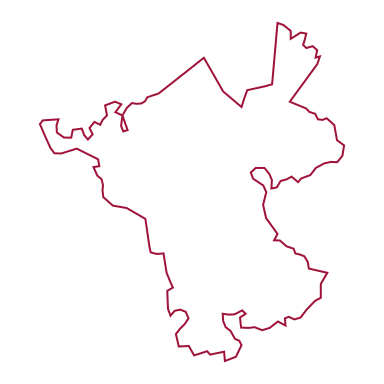 Constantina, Rio Grande do Sul, Brazil (Robinson projection)
{"feature_id": "56859067B19051773573011", "entity_name": "Constantina", "entity_type": "district", "adm_level": 2, "iso_a3": "BRA", "parent_name": "Brazil", "parent_adm1": "Rio Grande do Sul", "projection": "robinson", "projection_center": [-52.994, -27.69], "detail": "fine", "context": "isolated", "style": "outline", "palette": "rose", "viewbox_px": 384, "rotation_deg": 0, "n_neighbors": 0, "source": "geoboundaries", "source_scale": "gbopen_adm2", "svg_char_len": 2168}
<svg xmlns="http://www.w3.org/2000/svg" viewBox="0 0 384 384"><path d="M39.9,124.1L44.5,134.8L50.4,147.9L54.4,153.3L61.2,153.5L76.7,148.6L98.1,159.3L99.3,166.2L93.5,167.1L97.3,175.6L101.6,179.2L103.0,185.2L102.5,190.1L103.3,197.1L112.8,205.6L126.6,208.0L145.4,218.9L146.1,223.8L149.4,246.6L150.7,252.4L156.8,254.0L163.5,253.4L166.6,272.8L170.2,281.6L172.9,287.6L167.3,290.8L167.6,300.2L168.0,308.9L170.5,315.7L174.7,310.8L180.2,309.6L185.7,311.8L188.5,318.4L184.6,324.2L179.9,328.9L175.9,334.1L178.8,346.5L188.8,346.0L194.1,355.4L201.4,353.1L207.1,351.2L210.1,354.6L224.1,351.7L224.9,361.0L235.9,356.8L241.5,345.2L239.3,340.8L234.9,338.8L230.6,331.0L225.7,327.2L223.2,321.2L222.7,313.8L228.9,314.6L234.4,314.4L242.2,310.4L245.6,313.8L240.0,317.5L241.1,327.6L248.8,327.9L254.6,327.2L262.2,330.2L269.7,327.9L277.9,321.5L285.5,325.5L284.9,318.4L288.7,316.8L294.3,319.4L300.5,317.6L306.8,309.4L315.1,300.8L320.8,297.8L320.8,283.9L327.3,272.8L308.9,268.6L307.8,262.1L304.4,256.3L299.8,254.5L295.4,253.5L293.6,248.7L286.5,246.3L279.9,240.5L274.1,240.3L277.5,233.9L269.0,222.1L266.1,218.2L263.1,204.8L266.3,192.2L263.3,185.5L253.1,178.7L250.8,172.4L255.8,167.9L264.5,168.0L269.4,174.1L271.9,180.0L271.4,188.5L276.8,187.4L280.6,181.0L286.7,179.3L291.6,176.6L298.1,182.2L301.1,178.5L310.3,175.1L315.9,167.9L324.2,163.4L330.9,161.9L337.2,162.2L342.4,155.8L344.1,145.4L337.0,140.2L334.3,125.1L326.6,118.2L322.6,119.9L317.9,119.3L315.2,113.8L309.3,111.9L306.2,108.5L289.8,101.7L317.3,64.1L319.9,56.4L315.6,57.6L317.2,50.2L312.7,46.2L306.3,48.0L303.1,44.9L304.7,39.9L306.3,33.6L300.6,32.6L290.8,38.8L290.7,30.9L283.3,24.9L277.5,23.0L272.1,84.3L266.1,86.0L247.2,90.2L244.5,97.7L241.5,107.0L223.2,91.5L203.9,57.8L200.5,60.4L190.6,68.3L158.6,93.5L147.4,97.2L144.9,101.4L141.2,103.5L136.5,103.8L131.9,103.1L126.9,107.8L122.4,115.4L115.4,112.2L121.3,104.3L115.0,101.7L105.1,105.4L107.0,115.4L102.7,119.8L100.2,124.8L94.5,121.9L89.5,128.0L92.6,134.3L87.9,139.5L84.2,135.1L81.8,128.6L72.8,129.8L71.2,137.7L63.9,137.5L56.9,132.5L56.5,125.3L58.5,119.3L42.8,120.4L39.9,124.1ZM122.4,115.4L127.6,130.1L123.3,131.4L121.1,125.9L122.4,115.4Z" fill="none" stroke="#9f1239" stroke-width="2"/></svg>